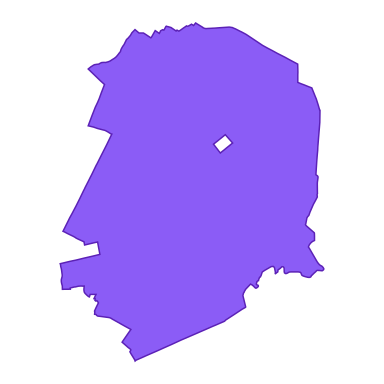 Ghiroda, Timis, Romania
{"feature_id": "2599482B97813764810262", "entity_name": "Ghiroda", "entity_type": "district", "adm_level": 2, "iso_a3": "ROU", "parent_name": "Romania", "parent_adm1": "Timis", "projection": "albers", "projection_center": [21.315, 45.786], "detail": "fine", "context": "isolated", "style": "filled", "palette": "violet", "viewbox_px": 384, "rotation_deg": 0, "n_neighbors": 0, "source": "geoboundaries", "source_scale": "gbopen_adm2", "svg_char_len": 5825}
<svg xmlns="http://www.w3.org/2000/svg" viewBox="0 0 384 384"><path d="M311.6,275.4L311.9,275.3L313.9,273.3L315.6,271.8L316.6,270.7L317.2,270.4L317.7,270.4L319.5,270.5L321.2,270.7L322.4,270.7L322.9,270.3L323.5,269.8L323.8,269.1L323.8,268.7L323.3,267.8L322.8,267.1L321.8,266.1L320.4,265.4L319.4,264.6L318.4,263.5L317.1,261.7L309.5,248.6L308.4,247.0L309.1,245.2L309.9,244.0L311.0,242.7L312.6,241.4L314.5,240.5L314.5,236.0L314.4,233.3L314.3,232.9L314.2,232.7L312.6,231.3L306.3,225.8L305.7,225.1L305.5,224.6L305.7,224.2L306.5,220.1L306.9,217.9L307.3,217.3L307.6,216.7L308.8,215.5L310.0,212.1L313.4,204.3L315.6,200.3L317.3,197.0L317.1,194.8L317.1,194.4L317.5,193.3L317.4,192.7L317.3,183.8L317.4,181.8L317.5,181.4L318.0,177.7L318.0,177.2L318.0,176.8L317.8,176.3L317.4,175.8L315.9,174.7L316.4,166.9L316.7,162.1L317.2,155.7L317.7,150.2L317.8,147.2L319.1,131.0L319.4,127.6L319.8,122.5L320.0,110.3L319.7,110.2L318.3,105.3L316.3,99.0L315.3,96.6L311.8,87.9L308.4,86.6L304.2,84.9L301.2,83.8L297.8,82.4L297.8,74.7L297.9,72.2L297.7,64.1L289.8,59.9L285.1,57.3L277.4,53.4L272.3,50.6L267.5,48.1L262.6,45.4L253.2,39.1L246.3,34.5L244.7,33.6L241.3,31.8L240.4,31.4L235.5,28.9L233.3,28.0L232.6,27.6L230.2,27.2L229.1,27.1L221.6,27.6L220.0,27.7L215.1,28.1L207.1,28.5L206.0,28.6L205.4,28.5L204.4,28.3L203.7,28.0L202.7,27.5L202.7,27.3L195.6,23.0L193.6,25.5L191.5,24.2L188.9,25.8L188.4,26.0L187.8,26.2L187.4,26.2L187.0,26.2L186.5,25.9L184.8,27.1L183.6,27.9L180.4,30.2L179.3,30.9L178.7,31.1L177.0,30.1L176.1,31.0L171.0,27.5L167.9,26.6L166.6,26.4L166.4,26.2L166.1,26.3L165.9,26.5L164.0,30.0L163.8,30.1L163.5,30.1L163.2,30.0L163.0,29.8L162.6,29.7L160.8,30.7L160.5,30.9L160.2,31.8L159.9,32.2L159.6,32.9L159.3,33.4L155.2,30.6L151.3,37.5L150.8,37.8L144.9,33.9L143.4,33.0L139.0,33.0L135.0,29.6L131.9,32.8L131.7,33.1L131.5,33.5L130.7,34.9L130.5,35.3L128.2,38.0L127.8,38.4L127.2,38.9L126.8,39.3L126.4,39.7L126.3,40.0L125.5,41.6L125.0,42.6L124.2,44.3L123.6,45.2L123.1,45.8L122.6,46.6L122.0,47.6L121.3,48.9L120.8,50.1L120.5,51.4L119.8,52.4L119.0,53.3L118.6,53.9L117.5,55.3L116.2,56.8L115.6,57.3L114.9,57.9L114.2,58.4L113.3,59.0L112.7,59.3L112.2,59.6L111.4,60.2L109.9,61.1L109.2,61.4L108.2,61.8L106.3,62.3L105.6,62.5L105.0,62.4L103.7,62.4L102.5,62.5L101.9,62.5L100.6,63.0L99.1,63.9L98.7,64.1L98.0,64.2L96.8,64.3L95.7,64.5L94.8,64.6L94.2,64.8L93.8,65.0L92.8,65.6L90.9,66.8L88.3,68.9L88.2,69.0L100.0,80.4L104.5,84.5L102.1,90.8L101.5,92.3L100.2,95.9L99.1,98.9L98.4,100.5L97.7,102.2L95.3,107.2L92.8,113.6L91.9,115.9L88.2,125.8L93.6,127.1L97.6,128.5L99.2,128.9L102.2,129.7L105.0,130.4L106.2,131.0L108.0,132.0L111.0,133.9L111.8,134.1L106.9,144.3L99.8,158.3L97.2,163.5L96.3,165.1L95.6,166.5L91.6,174.8L90.3,177.3L88.3,181.3L86.2,185.4L85.2,187.3L84.5,188.9L83.7,190.4L79.8,198.5L76.2,205.7L73.4,211.0L72.2,213.3L69.6,218.0L68.2,220.9L64.2,228.9L63.0,231.3L64.4,231.9L67.2,233.4L73.4,236.4L75.5,237.6L75.9,238.0L78.1,239.1L84.0,241.8L84.6,245.0L94.3,242.7L97.6,242.0L98.4,246.5L99.9,254.4L92.0,256.3L83.7,258.2L80.5,259.0L76.0,260.1L70.2,261.3L60.2,263.7L60.6,265.1L60.7,266.3L60.9,267.2L61.1,267.8L61.5,269.6L61.8,271.9L62.0,273.4L62.2,274.9L62.2,275.6L62.2,276.1L62.0,277.0L61.7,278.2L61.4,279.2L61.3,280.2L61.3,281.2L61.4,282.0L61.5,282.8L61.8,284.0L62.0,284.9L62.3,285.7L62.4,289.3L70.3,289.2L70.1,288.4L70.1,288.1L70.3,288.0L70.6,287.9L72.3,287.5L74.2,287.0L75.5,286.9L78.4,286.2L81.0,286.0L82.4,286.1L84.2,286.1L84.0,288.1L83.9,289.3L84.0,290.9L84.2,291.7L84.4,292.4L84.6,292.7L85.2,293.5L86.8,295.1L88.2,296.3L88.8,296.7L89.4,296.9L90.2,294.4L96.0,294.4L94.0,298.6L95.1,298.6L95.0,300.4L95.8,300.5L95.8,301.0L97.3,301.0L98.4,302.9L96.9,305.9L95.8,308.2L94.5,311.1L94.8,311.5L94.7,313.0L94.6,314.3L96.0,314.5L96.8,315.5L97.4,315.9L97.9,316.1L101.2,316.5L108.6,317.5L110.0,317.8L110.7,318.1L112.1,319.0L125.1,326.3L130.1,329.0L130.7,329.3L130.9,329.5L129.3,331.7L122.8,341.1L122.1,342.2L123.5,343.4L126.6,346.1L127.8,347.2L129.9,348.8L130.7,349.5L130.8,349.8L130.8,350.0L130.6,350.5L129.9,351.8L130.9,353.6L134.7,359.8L135.1,361.0L136.0,360.2L146.8,355.4L157.4,350.8L164.0,347.8L171.7,344.4L181.0,340.1L204.8,329.8L212.3,326.5L215.9,325.0L224.6,321.2L225.6,320.1L235.4,313.7L242.2,309.2L245.4,307.4L245.7,307.0L243.0,296.0L242.9,295.6L243.1,294.8L243.5,293.1L244.1,292.3L244.5,291.2L245.0,290.5L245.4,289.6L246.0,288.9L249.7,285.0L250.5,284.1L251.6,284.7L251.9,284.8L252.6,285.4L252.7,285.5L253.4,286.0L255.0,287.7L255.9,288.2L256.5,288.0L257.4,287.4L257.6,287.2L257.9,286.9L258.3,286.4L258.3,286.0L258.3,285.7L258.2,285.5L258.0,285.2L257.7,285.1L257.3,285.0L256.8,284.7L256.4,284.4L256.4,283.6L256.5,283.4L256.8,282.1L257.0,281.9L257.0,281.6L257.2,281.4L257.3,281.2L257.7,280.9L258.5,280.7L258.6,280.1L258.7,279.6L258.8,279.1L259.0,278.8L259.2,278.3L259.4,277.7L259.5,277.4L260.4,276.9L260.4,276.6L261.0,275.8L262.1,272.4L262.3,272.0L262.7,271.7L264.5,270.5L264.8,270.3L271.0,266.7L271.4,266.6L273.2,266.4L274.0,267.1L274.3,267.3L274.4,267.6L274.6,268.2L275.3,271.8L275.4,272.3L275.2,273.4L275.4,273.7L275.5,273.7L275.9,273.4L276.5,272.8L277.7,272.0L277.8,271.6L277.9,271.3L277.9,270.9L278.0,270.0L278.3,269.7L278.5,269.5L279.1,269.2L280.4,268.2L281.9,266.7L283.2,266.8L283.5,267.0L283.8,267.5L284.0,267.9L284.1,268.1L284.2,270.8L284.2,271.8L284.4,272.2L284.4,272.6L284.5,272.9L285.0,273.2L285.3,273.5L285.9,273.6L286.7,273.4L287.4,273.1L288.6,272.4L289.0,272.2L289.5,272.0L290.0,272.0L291.0,271.9L294.3,271.9L298.1,271.9L299.4,272.1L300.3,272.3L300.6,272.6L300.8,272.8L301.0,273.1L301.2,273.7L301.4,274.1L301.6,274.7L301.9,275.2L302.1,275.4L302.6,275.7L303.5,276.1L304.8,276.5L305.3,276.7L306.0,276.8L306.6,277.0L307.3,277.2L308.6,277.4L309.0,277.4L309.5,277.4L309.9,277.3L310.3,277.1L310.6,277.0L311.0,276.6L311.3,275.9L311.3,275.7L311.6,275.4ZM232.6,143.0L220.3,153.0L213.5,144.2L225.3,134.7L232.6,143.0Z" fill="#8b5cf6" stroke="#5b21b6" stroke-width="1.5"/></svg>